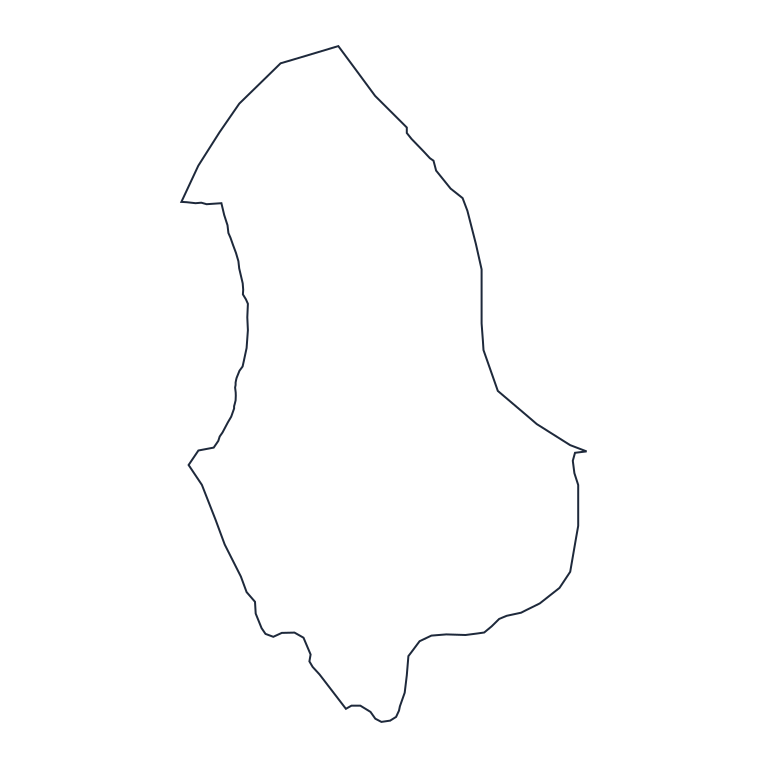 Surulere, Oyo, Nigeria
{"feature_id": "59680162B17719625697929", "entity_name": "Surulere", "entity_type": "district", "adm_level": 2, "iso_a3": "NGA", "parent_name": "Nigeria", "parent_adm1": "Oyo", "projection": "natural_earth1", "projection_center": [4.404, 8.096], "detail": "fine", "context": "isolated", "style": "outline", "palette": "slate", "viewbox_px": 768, "rotation_deg": 0, "n_neighbors": 0, "source": "geoboundaries", "source_scale": "gbopen_adm2", "svg_char_len": 1789}
<svg xmlns="http://www.w3.org/2000/svg" viewBox="0 0 768 768"><path d="M528.3,416.8L497.8,390.9L496.0,385.7L483.5,350.1L482.9,340.8L481.6,323.5L481.6,301.1L481.6,297.0L481.6,269.4L475.9,244.0L467.4,210.8L462.6,198.1L450.6,188.6L436.1,170.6L435.2,167.1L433.5,160.7L429.9,158.2L423.3,151.1L411.5,138.9L406.8,133.0L406.8,127.5L375.1,95.9L353.2,66.2L338.3,46.1L292.5,59.8L280.6,63.3L263.2,80.3L239.3,103.6L219.5,132.3L198.3,165.7L181.4,201.9L186.7,202.2L195.6,203.2L201.3,202.7L206.6,204.2L221.4,203.2L224.2,215.0L226.8,223.1L227.5,225.2L228.4,233.0L230.5,237.8L233.1,245.2L236.0,253.0L238.4,261.2L239.2,268.4L242.7,283.3L243.2,289.8L242.9,294.4L245.9,299.3L247.9,303.8L247.3,317.4L247.9,330.2L246.6,348.0L243.8,361.1L242.6,366.5L239.5,370.7L236.6,377.9L236.2,379.5L235.6,382.5L235.6,385.0L235.1,387.5L235.7,392.5L235.8,395.6L235.6,400.4L234.8,403.7L234.1,406.2L234.1,408.5L231.2,416.7L227.9,422.3L222.5,432.5L219.7,436.5L218.3,440.9L213.7,447.6L198.4,450.5L188.6,465.0L201.9,484.9L212.2,511.2L215.5,519.6L224.7,544.5L240.9,576.6L246.6,592.1L255.0,601.8L255.7,613.6L261.6,628.2L265.5,633.9L273.3,636.8L281.8,632.9L294.5,632.6L303.5,637.7L310.6,654.5L309.4,661.4L312.7,667.0L319.5,674.4L345.9,708.8L351.4,705.7L360.4,705.7L370.5,711.9L375.3,718.7L381.4,721.9L390.3,720.6L390.5,720.4L396.1,716.9L399.0,710.6L399.9,706.3L404.7,692.7L406.8,675.3L408.4,656.1L411.0,652.7L416.6,645.2L419.6,641.2L431.4,635.6L446.3,634.4L465.5,635.0L477.2,633.5L484.2,632.5L491.7,626.3L499.2,618.9L506.7,615.8L521.1,612.7L526.2,610.1L531.7,607.4L539.8,603.4L549.7,595.6L559.5,587.9L564.3,580.7L570.2,571.8L575.9,538.9L578.2,525.9L578.2,509.2L578.2,500.5L578.2,499.5L578.2,485.0L574.4,473.2L572.8,460.8L575.0,452.8L586.6,451.4L570.1,445.1L536.8,424.1L528.3,416.8Z" fill="none" stroke="#1e293b" stroke-width="2"/></svg>